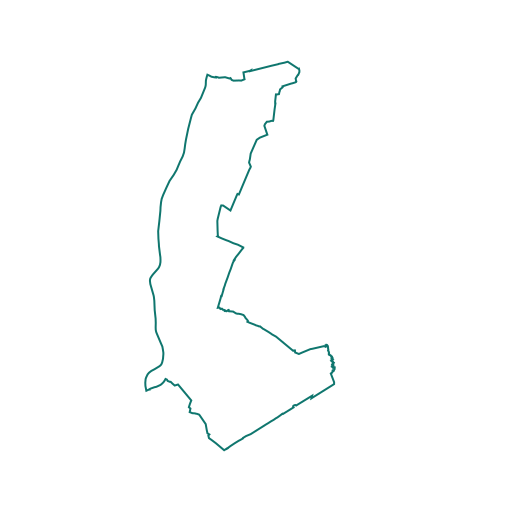 the district of Līksnas pag., Daugavpils, Latvia, rotated 29°
{"feature_id": "27541924B33833880746459", "entity_name": "Līksnas pag.", "entity_type": "district", "adm_level": 2, "iso_a3": "LVA", "parent_name": "Latvia", "parent_adm1": "Daugavpils", "projection": "orthographic", "projection_center": [26.497, 56.013], "detail": "fine", "context": "isolated", "style": "outline", "palette": "teal", "viewbox_px": 512, "rotation_deg": 29, "n_neighbors": 0, "source": "geoboundaries", "source_scale": "gbopen_adm2", "svg_char_len": 5827}
<svg xmlns="http://www.w3.org/2000/svg" viewBox="0 0 512 512"><g transform="rotate(29 256 256)"><path d="M292.9,316.1L291.6,316.2L289.4,316.7L288.3,316.7L282.7,317.5L280.4,317.7L280.4,316.7L279.5,316.2L276.7,315.2L275.7,314.5L273.7,313.7L271.0,314.2L268.9,314.9L267.5,315.6L266.2,315.9L262.8,315.7L262.3,316.0L260.7,316.7L259.1,317.5L258.7,317.4L258.5,317.1L258.5,316.7L258.4,316.5L258.2,316.4L257.9,316.7L257.2,318.4L256.9,318.7L256.5,318.8L255.6,318.5L255.4,318.6L255.4,318.8L255.4,319.2L255.3,319.3L255.0,319.2L254.4,318.6L253.9,318.7L253.0,319.1L252.2,318.7L251.7,318.6L251.4,318.9L250.9,319.5L250.2,319.5L249.3,318.9L248.9,318.9L247.7,319.8L245.5,309.9L245.1,308.7L244.9,307.8L245.4,307.7L243.8,300.7L243.6,300.7L243.0,296.8L242.6,295.2L241.6,288.5L240.7,283.5L240.4,281.2L240.2,279.6L239.3,274.7L239.0,272.8L239.1,270.7L239.2,270.1L238.7,270.2L239.0,266.3L239.6,263.1L240.5,257.1L240.9,255.2L240.2,255.1L239.8,254.9L239.9,254.7L234.7,254.9L230.0,255.8L224.7,256.2L222.4,256.6L217.6,257.2L212.8,257.6L212.7,257.6L213.1,256.9L212.7,256.6L210.4,252.9L205.2,244.1L204.5,242.1L201.3,230.3L201.1,228.6L202.8,227.8L211.6,228.6L209.8,212.3L209.7,210.7L211.2,210.5L210.8,206.7L210.4,203.2L208.3,183.8L208.3,181.3L208.1,180.3L204.7,177.7L204.2,176.3L204.0,175.3L203.6,174.0L201.7,169.0L200.3,154.0L202.0,150.6L207.1,144.4L200.2,138.1L199.9,136.4L200.4,133.3L202.4,132.0L204.1,130.2L205.4,129.6L205.3,128.8L201.1,118.6L199.1,113.3L198.9,113.4L197.8,111.5L195.1,105.0L196.2,104.4L197.6,103.3L196.9,101.0L196.9,100.6L196.3,98.6L197.5,95.5L196.9,94.8L203.0,88.3L204.1,87.3L206.1,85.2L206.7,84.3L206.6,83.7L206.3,83.6L205.9,83.1L204.6,81.5L204.8,77.5L205.1,77.2L204.8,74.2L204.6,73.8L204.0,72.7L202.8,71.4L202.6,71.7L189.6,70.7L187.2,73.1L182.6,77.1L182.5,77.4L177.4,82.0L161.5,96.9L161.4,96.2L160.9,97.0L156.0,101.5L159.6,106.2L160.3,107.0L158.0,109.8L157.4,110.0L155.4,111.1L151.4,113.5L149.6,113.8L149.1,113.7L147.8,112.9L147.3,112.8L146.8,113.6L142.3,114.6L137.4,117.9L137.1,118.1L136.6,118.1L134.7,118.5L134.1,118.8L134.4,119.3L133.0,119.9L130.1,120.8L128.0,120.8L125.6,121.0L126.1,123.3L126.7,125.5L127.2,127.0L129.1,130.7L129.6,132.2L129.9,133.6L131.2,144.4L131.0,150.0L131.5,156.3L131.4,163.5L132.2,166.8L135.0,177.5L138.3,188.1L139.9,192.6L141.5,196.6L142.9,200.5L143.6,204.5L143.8,209.9L144.3,214.7L144.8,219.1L144.7,224.9L144.0,232.1L144.5,239.6L145.2,247.6L145.8,251.7L146.9,255.0L148.8,259.5L150.5,262.9L154.7,272.7L158.4,281.7L162.3,288.2L165.3,292.7L166.4,294.5L171.5,301.5L172.9,303.3L174.3,305.6L175.4,307.7L176.3,310.3L176.6,312.7L176.5,314.4L174.9,321.6L174.6,323.4L174.4,326.0L174.5,327.2L174.8,328.1L175.3,329.2L177.2,331.8L185.6,340.2L186.6,341.4L188.8,344.5L193.6,352.4L198.6,359.5L200.8,363.2L202.8,367.0L204.0,369.0L204.7,369.9L205.5,370.8L206.8,371.9L211.9,375.9L215.1,378.4L218.0,380.6L219.8,382.8L221.8,385.4L222.5,386.6L224.5,391.0L225.5,394.5L225.7,396.0L225.7,397.0L225.4,398.2L224.9,399.4L222.1,404.3L220.2,407.2L219.5,408.8L219.0,410.0L218.6,412.1L218.8,415.5L219.1,417.1L220.6,420.5L222.3,423.3L225.4,427.0L227.1,424.7L227.7,424.4L227.5,424.0L228.0,423.2L230.9,419.9L231.9,419.1L232.6,418.3L235.0,415.0L235.6,413.5L236.0,412.2L236.3,411.1L236.5,409.1L236.5,407.4L238.0,407.3L239.3,408.1L241.7,407.8L242.1,407.5L242.3,407.4L244.8,408.1L247.7,408.7L250.1,406.2L269.4,413.7L269.9,417.4L270.2,418.8L270.6,420.8L272.6,421.2L273.7,424.7L275.8,424.4L276.4,424.4L279.0,423.2L280.1,423.0L280.7,422.7L283.1,422.3L283.9,422.6L293.5,427.4L297.3,432.1L299.5,434.6L301.7,434.7L301.4,436.2L303.2,438.1L306.0,438.4L311.7,439.2L322.3,441.3L323.7,438.8L323.9,438.9L324.5,437.8L324.3,437.7L324.5,437.4L325.9,434.4L328.2,430.0L330.5,425.9L331.4,424.6L333.0,421.9L332.8,421.5L334.6,418.3L337.7,414.4L346.3,398.7L347.7,396.3L349.3,393.3L350.9,390.7L352.0,388.4L353.0,386.8L354.7,383.2L355.4,381.5L355.8,380.9L356.2,381.0L362.2,370.3L361.6,370.1L361.3,369.0L361.9,367.9L362.8,367.2L363.6,367.3L372.8,351.0L373.5,353.5L384.6,333.5L386.4,330.2L385.5,328.5L378.4,322.5L379.0,321.3L378.9,321.2L379.0,320.8L379.1,320.6L378.8,319.5L378.6,319.3L378.5,319.0L378.6,318.9L378.6,318.7L378.8,318.6L379.2,318.6L379.1,319.0L379.3,319.2L379.6,319.1L379.7,318.8L379.7,318.6L379.6,318.4L379.5,317.6L379.5,317.3L379.6,317.0L379.4,316.5L378.8,316.3L378.8,316.2L379.1,316.2L379.0,315.5L378.7,315.2L378.3,315.7L378.0,315.8L377.9,316.3L377.6,316.5L377.2,316.4L376.8,315.8L376.7,315.4L376.4,315.6L376.1,316.0L375.8,316.0L375.7,315.8L376.1,315.0L376.3,314.9L376.6,314.9L376.7,314.6L375.8,314.5L375.5,314.1L375.1,314.0L375.1,313.9L375.4,313.6L375.6,313.6L375.8,313.7L375.9,314.0L376.3,313.9L376.2,313.3L375.9,312.9L375.9,312.6L375.8,312.3L375.8,312.0L375.8,311.8L375.8,311.6L375.3,311.6L375.0,311.7L374.8,312.1L374.7,312.1L374.5,311.9L374.3,311.0L373.7,310.9L373.6,311.2L372.9,311.3L372.6,311.2L372.9,310.7L373.1,310.7L373.1,310.0L373.2,309.9L373.3,309.6L372.7,309.7L372.7,309.4L372.8,309.2L372.9,308.9L372.5,308.5L372.1,308.7L372.2,308.3L372.3,308.1L372.0,308.0L371.7,308.2L371.2,308.1L371.1,307.9L371.4,307.6L371.5,307.4L371.4,307.3L370.7,307.0L370.2,307.0L369.9,307.1L369.4,306.7L368.9,306.7L368.7,306.9L368.4,307.0L367.5,306.9L367.2,306.5L367.2,306.2L367.1,305.7L366.8,305.6L366.5,305.1L366.5,304.8L366.4,304.7L365.8,304.3L365.0,303.9L364.9,303.8L365.0,303.6L365.0,303.4L364.9,303.1L364.4,302.7L364.2,302.3L363.8,301.9L363.7,301.5L362.8,300.5L362.7,300.1L362.4,299.9L361.3,299.4L360.9,299.4L360.7,299.5L360.8,299.7L361.3,299.8L361.3,300.3L361.3,300.5L360.9,300.6L360.3,300.3L360.1,300.4L360.2,300.7L360.7,301.0L361.3,301.1L361.0,301.6L360.9,301.7L360.4,301.6L359.7,301.8L359.3,302.0L359.0,302.0L350.2,309.9L348.7,311.1L343.3,317.9L341.0,320.9L337.0,321.4L335.8,319.7L334.5,320.5L334.4,320.9L312.6,316.8L307.9,316.8L306.6,316.6L303.9,316.4L298.3,316.2L297.6,316.3L293.6,315.6L292.9,316.1Z" fill="none" stroke="#0f766e" stroke-width="2"/></g></svg>